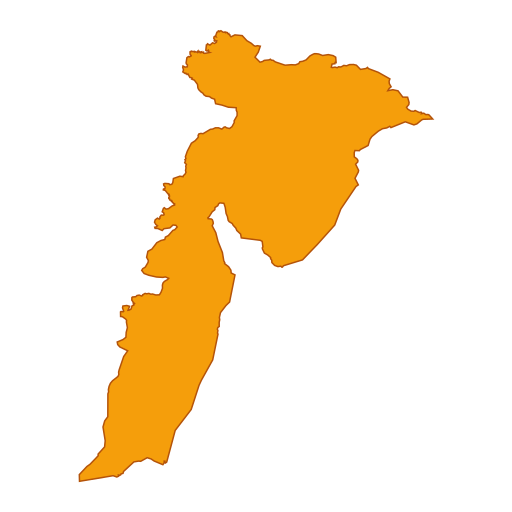 Afadzato South, Volta, Ghana (Albers equal-area conic projection)
{"feature_id": "2480657B45105521184723", "entity_name": "Afadzato South", "entity_type": "district", "adm_level": 2, "iso_a3": "GHA", "parent_name": "Ghana", "parent_adm1": "Volta", "projection": "albers", "projection_center": [0.395, 6.876], "detail": "fine", "context": "isolated", "style": "filled", "palette": "amber", "viewbox_px": 512, "rotation_deg": 0, "n_neighbors": 0, "source": "geoboundaries", "source_scale": "gbopen_adm2", "svg_char_len": 5962}
<svg xmlns="http://www.w3.org/2000/svg" viewBox="0 0 512 512"><path d="M183.0,66.0L182.7,67.2L183.5,70.0L182.8,71.9L185.3,73.6L185.9,73.2L187.1,74.5L188.0,74.0L189.9,77.5L191.5,77.7L192.3,78.2L191.7,79.1L194.4,80.2L197.5,84.4L197.9,87.9L198.7,89.6L200.8,91.8L202.9,93.2L203.9,94.8L206.0,96.2L209.5,96.6L211.5,98.1L214.6,99.2L215.6,103.7L222.0,105.1L228.3,107.2L236.2,107.7L236.3,110.3L237.1,112.2L237.1,115.6L234.1,120.9L234.3,122.4L232.0,126.7L229.5,128.5L226.5,127.8L225.3,126.9L224.1,127.1L221.8,129.1L218.5,127.8L215.4,127.8L212.5,129.1L210.4,129.3L203.0,133.7L200.9,133.4L198.9,133.9L198.1,135.4L198.3,137.0L197.9,137.7L195.2,140.7L191.4,143.2L187.3,151.2L185.4,156.7L185.9,158.7L184.9,159.7L185.5,160.7L184.7,162.7L186.4,164.4L185.7,166.2L186.0,167.9L185.5,170.6L186.0,172.3L184.9,174.3L183.4,175.6L183.1,176.7L179.9,176.2L173.4,178.5L172.8,182.6L171.8,184.3L169.8,184.7L168.9,183.7L164.8,183.4L163.6,183.9L163.8,185.5L165.0,186.7L165.1,187.9L164.8,188.7L163.5,189.0L163.3,189.9L165.3,190.5L167.8,193.6L168.8,194.0L169.2,194.8L168.6,194.8L169.5,196.7L168.8,197.4L168.8,198.5L169.5,198.5L169.8,200.0L171.6,200.5L171.4,201.3L172.2,201.5L172.4,202.5L173.3,202.9L173.6,203.7L174.6,203.8L174.6,205.1L172.2,205.9L168.4,208.7L166.0,209.1L164.3,207.7L163.4,208.4L162.2,211.8L163.7,212.8L164.1,214.7L163.3,215.2L161.3,215.1L159.8,217.1L160.0,218.1L159.2,219.1L157.5,218.1L155.2,219.8L154.5,222.2L155.8,224.4L157.5,225.8L155.7,227.1L154.7,227.2L154.8,227.6L155.1,228.4L157.8,228.5L162.2,230.5L164.0,228.7L169.9,227.9L173.0,225.0L175.9,225.3L177.2,227.0L174.8,229.7L172.9,230.4L168.3,235.6L165.4,237.1L164.8,239.5L160.9,240.5L156.8,242.7L151.9,249.1L147.9,251.3L146.6,257.3L148.3,260.4L148.1,262.3L145.3,267.1L142.7,268.7L141.7,270.4L144.1,273.5L148.9,275.3L156.5,277.0L162.9,277.4L165.4,276.9L168.7,278.3L167.5,279.6L164.4,281.4L163.0,283.0L162.4,285.1L162.5,288.3L161.0,292.3L159.4,294.8L155.8,295.0L152.5,294.0L150.8,294.2L148.9,293.4L146.6,293.8L145.1,293.4L142.6,294.8L142.6,295.5L141.6,296.0L139.2,295.1L137.0,295.5L135.7,296.7L132.4,297.0L131.9,297.5L131.8,300.1L133.4,302.5L135.1,303.9L133.3,303.4L133.7,305.2L132.0,305.9L131.1,309.0L129.1,310.2L128.0,310.3L129.6,306.3L126.8,305.5L122.9,306.0L122.5,307.8L123.7,311.3L123.1,311.8L121.0,311.5L120.5,311.9L120.6,316.5L122.4,316.7L125.6,319.0L126.6,320.3L126.4,322.0L127.4,327.7L126.2,332.3L125.9,337.3L123.1,339.5L117.2,342.0L117.7,344.6L119.9,347.0L127.7,350.8L123.7,356.5L119.2,369.7L118.6,372.1L118.8,374.5L118.0,376.4L112.5,380.8L110.4,383.3L109.1,386.3L108.4,389.5L108.6,391.9L107.9,393.8L107.8,416.7L104.7,420.9L103.0,427.0L105.2,440.7L104.6,446.9L98.1,454.1L98.2,455.7L95.7,458.4L90.0,464.3L86.9,466.5L79.3,474.6L79.5,481.3L113.1,475.7L116.8,477.0L118.6,476.2L118.4,475.0L119.8,475.3L120.8,474.7L121.0,473.9L123.0,473.4L123.6,471.4L133.9,461.9L138.6,461.1L140.7,461.3L147.2,457.7L151.2,459.0L154.1,461.0L162.9,464.7L164.1,463.0L164.2,461.1L164.9,461.2L164.8,462.3L165.4,463.0L166.7,462.1L175.2,430.4L191.2,409.5L199.0,385.4L201.4,380.2L212.7,359.9L218.0,334.1L217.5,333.1L217.9,330.4L217.3,329.2L217.8,327.5L219.2,326.5L219.2,322.2L219.7,319.8L219.4,317.4L220.5,312.6L226.0,305.5L229.6,302.0L230.5,297.4L235.0,274.9L231.2,273.0L230.9,270.2L228.6,266.7L224.6,263.6L224.8,262.7L223.8,260.9L222.4,252.5L218.0,241.4L215.8,232.7L212.2,225.8L213.3,223.3L213.0,221.5L212.3,219.7L211.3,219.0L208.1,218.7L207.9,217.7L209.0,216.8L212.2,211.8L214.8,209.7L215.0,207.5L217.8,205.7L218.6,203.8L219.9,202.9L223.9,203.3L225.2,207.3L226.1,213.5L227.4,216.5L228.2,220.4L229.2,221.7L232.2,223.5L233.2,225.3L235.8,228.1L236.8,230.5L240.6,234.1L241.3,237.9L260.3,240.3L262.2,241.4L262.9,246.9L262.3,247.8L262.4,248.9L264.4,253.1L267.6,254.9L270.6,257.5L270.6,258.7L271.7,260.2L271.9,262.6L274.6,265.4L277.9,266.6L280.8,266.2L281.7,267.1L282.4,267.1L283.5,265.7L302.5,259.9L317.3,244.5L334.7,225.1L340.8,209.0L356.0,186.5L358.3,184.9L355.0,178.3L358.3,172.0L358.6,170.3L355.6,164.2L357.8,161.9L357.9,160.3L356.8,158.7L354.3,156.9L354.2,152.8L354.9,150.5L359.3,150.7L360.4,149.5L368.1,145.5L370.0,139.2L371.9,136.5L378.4,131.1L382.5,128.7L386.8,127.9L389.8,126.3L390.9,127.6L405.3,121.8L413.9,124.9L416.9,123.9L421.7,119.9L423.1,119.3L432.7,119.0L429.1,115.0L428.0,114.5L425.8,114.6L423.8,113.2L421.4,113.7L421.7,112.8L421.2,112.2L419.3,112.5L415.1,110.5L413.9,111.3L411.1,111.1L407.7,109.1L406.5,107.3L408.8,104.6L409.1,102.5L407.6,97.2L402.8,97.1L398.0,90.8L392.8,89.7L387.8,90.7L389.1,88.5L391.1,86.8L389.3,83.6L389.1,81.2L389.9,78.9L378.2,72.3L368.4,68.6L367.5,67.4L366.0,68.5L360.5,69.4L356.4,65.2L353.5,64.5L349.5,64.6L346.5,65.8L343.8,65.4L341.9,66.5L340.5,67.0L338.6,66.8L337.2,67.7L335.0,67.1L332.3,67.6L331.3,67.3L332.0,64.1L335.0,63.7L335.1,62.4L335.6,62.0L336.1,62.3L335.7,57.2L333.1,55.6L328.3,54.6L322.6,55.5L318.7,54.0L316.2,53.7L314.3,53.7L312.5,54.5L310.0,55.9L306.1,59.9L302.7,61.3L299.9,61.7L298.7,63.6L295.4,64.9L291.2,64.7L285.1,65.2L275.3,61.9L273.1,60.3L271.4,60.2L270.4,59.2L269.0,59.9L264.2,60.4L262.6,61.5L260.0,62.2L255.0,57.2L258.3,52.1L260.3,46.2L257.4,45.7L255.3,46.2L253.9,45.6L251.3,43.3L246.9,40.7L242.2,35.6L234.9,34.9L231.0,36.8L229.7,35.3L229.8,34.7L229.0,34.4L228.8,33.6L228.2,33.9L227.6,33.4L227.4,32.6L226.3,32.3L225.5,32.7L225.0,31.9L224.2,32.3L222.9,32.1L220.9,30.7L219.4,31.6L219.0,30.9L218.3,30.9L217.7,32.0L216.9,32.2L215.6,36.0L216.0,36.7L214.7,36.3L214.0,36.9L213.8,38.4L214.8,40.0L214.2,40.5L214.4,41.1L216.7,40.8L216.4,42.3L214.5,43.5L212.6,42.8L209.9,45.1L207.5,43.8L207.3,44.6L206.4,44.9L205.8,50.3L207.1,51.1L208.3,50.1L208.8,51.2L208.6,52.2L209.5,52.5L204.7,53.4L203.6,53.2L203.5,52.1L201.0,52.6L201.3,51.8L200.1,52.1L199.2,51.4L198.9,52.2L198.3,51.5L197.8,52.0L197.8,51.2L197.2,51.9L196.1,52.1L195.1,51.6L194.7,52.0L194.1,51.3L193.3,51.7L191.3,51.1L191.2,51.6L190.0,51.9L190.1,54.3L191.2,55.6L191.0,56.1L189.3,56.9L188.9,56.5L188.2,56.7L186.9,57.7L186.1,62.7L186.3,63.8L187.4,64.8L187.3,66.8L185.0,67.1L183.0,66.0Z" fill="#f59e0b" stroke="#b45309" stroke-width="1.5"/></svg>